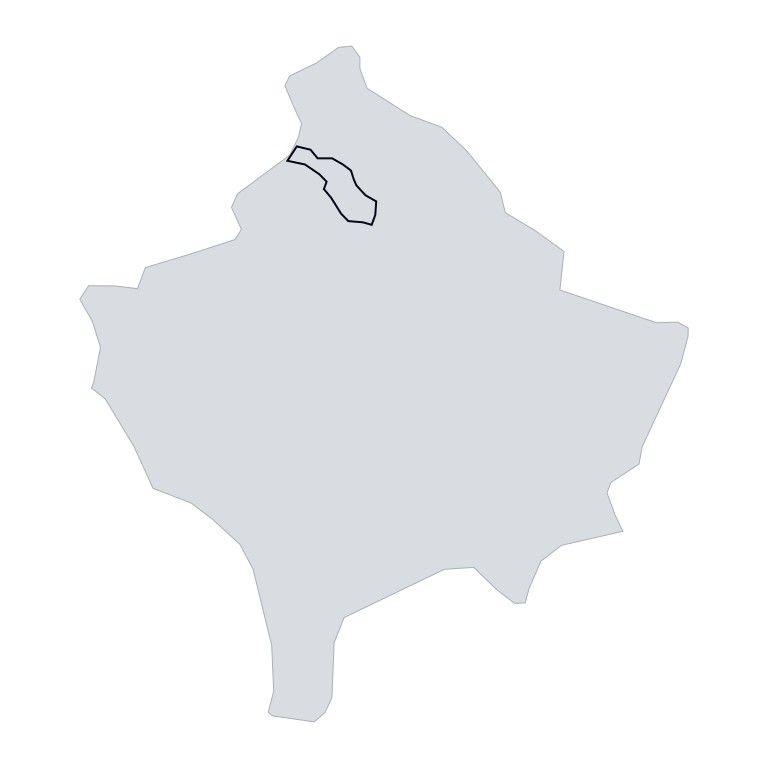 location of Zvečan within Kosovo
{"feature_id": "KOS-5892", "entity_name": "Zvečan", "entity_type": "District", "adm_level": 1, "iso_a3": "XKX", "parent_name": "Kosovo", "parent_adm1": "", "projection": "albers", "projection_center": [20.754, 42.971], "detail": "fine", "context": "in_parent", "style": "outline", "palette": "ink", "viewbox_px": 768, "rotation_deg": 0, "n_neighbors": 0, "source": "natural_earth", "source_scale": "10m", "svg_char_len": 1303}
<svg xmlns="http://www.w3.org/2000/svg" viewBox="0 0 768 768"><path d="M191.1,253.8L235.0,239.5L241.4,229.4L231.5,207.5L237.4,193.9L289.8,155.0L298.4,137.4L301.6,123.5L294.6,108.8L284.9,85.7L289.6,76.0L316.7,62.8L338.7,47.3L351.7,46.1L359.9,57.2L359.9,68.7L367.1,88.2L383.3,98.6L410.3,115.7L441.7,127.2L466.4,150.5L500.2,192.1L505.4,212.7L535.7,231.0L564.0,251.5L559.9,290.0L656.2,322.7L677.8,322.2L688.2,328.0L688.0,336.8L680.7,363.8L642.1,446.9L639.0,464.1L610.9,482.4L607.0,492.8L615.3,515.6L622.9,531.5L622.3,531.4L561.5,545.3L541.0,561.1L529.0,588.6L525.2,602.9L514.5,603.4L496.5,589.4L473.7,567.4L444.3,569.3L344.0,617.6L334.1,642.9L331.9,697.7L325.0,712.5L314.3,721.9L272.6,715.9L268.2,712.3L273.7,691.3L271.7,645.4L253.1,569.3L239.9,544.3L212.6,519.4L191.3,503.1L153.1,488.4L134.0,446.5L105.2,398.9L91.3,387.9L93.5,383.2L100.5,347.5L92.4,321.4L79.8,299.1L88.7,285.7L115.4,286.0L137.4,288.7L145.5,267.5L191.1,253.8Z" fill="#d9dde1" stroke="#a8b0b8" stroke-width="1"/><path d="M287.4,160.8L296.8,146.4L310.5,149.7L317.6,158.3L332.1,158.3L342.9,164.5L351.0,170.6L353.7,179.2L356.4,185.4L365.4,195.2L376.2,201.4L375.3,214.9L371.7,224.8L362.7,222.3L348.3,221.1L341.1,213.7L331.1,197.7L323.9,189.1L326.6,181.7L319.4,174.3L305.0,164.5L287.4,160.8Z" fill="none" stroke="#020617" stroke-width="2"/></svg>